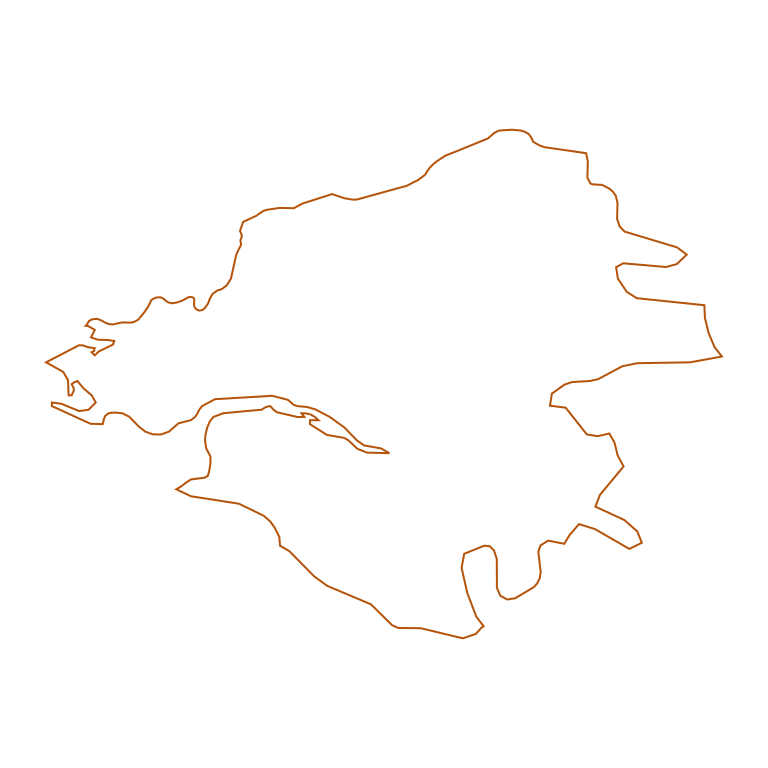 SVG path tracing the border of Loire-Atlantique
{"feature_id": "FRA-5316", "entity_name": "Loire-Atlantique", "entity_type": "Metropolitan department", "adm_level": 1, "iso_a3": "FRA", "parent_name": "France", "parent_adm1": "", "projection": "natural_earth1", "projection_center": [-1.707, 47.343], "detail": "fine", "context": "isolated", "style": "outline", "palette": "amber", "viewbox_px": 768, "rotation_deg": 0, "n_neighbors": 0, "source": "natural_earth", "source_scale": "10m", "svg_char_len": 4564}
<svg xmlns="http://www.w3.org/2000/svg" viewBox="0 0 768 768"><path d="M280.0,545.7L279.3,536.8L274.6,527.5L270.2,521.4L263.8,515.8L238.9,503.7L191.1,496.3L176.3,489.3L181.8,486.0L186.3,482.4L191.1,479.4L204.6,477.7L207.8,475.9L209.1,471.6L210.4,463.7L210.5,456.6L206.2,448.3L205.0,440.3L205.5,434.5L207.2,427.7L209.8,421.4L213.5,416.9L223.5,413.2L261.6,409.7L264.5,407.8L267.3,406.6L270.3,406.1L273.6,409.7L276.7,412.2L297.9,417.1L304.3,416.9L301.5,413.3L306.2,413.4L310.7,414.5L314.7,416.8L318.4,420.2L310.0,420.2L309.9,424.1L326.9,434.9L344.2,437.9L348.4,440.3L357.5,448.9L367.0,452.6L389.4,453.2L381.0,448.4L364.0,445.4L356.8,440.3L344.3,427.4L329.7,416.9L315.4,409.4L307.1,407.0L297.4,406.1L293.7,404.9L287.9,399.8L272.2,395.8L215.0,399.2L202.0,406.1L199.1,410.0L197.4,413.5L195.2,416.8L190.9,420.2L178.5,423.3L168.8,431.7L161.0,434.5L152.8,434.3L145.4,431.7L139.2,426.9L129.2,416.7L122.5,413.3L115.6,412.6L111.7,412.7L108.6,413.3L105.3,415.8L103.8,419.4L103.1,422.6L102.7,424.1L90.6,423.8L51.9,406.1L51.9,402.5L61.4,403.8L79.2,411.1L88.6,409.7L95.7,402.5L91.9,395.5L83.6,388.4L77.4,381.0L74.3,382.3L73.0,383.1L71.7,384.2L73.7,388.1L73.9,390.2L71.7,395.3L68.6,395.3L68.0,380.1L63.3,372.0L46.1,362.3L79.1,345.2L83.5,345.5L87.8,347.1L94.7,348.2L93.9,351.2L93.4,351.2L91.6,352.2L94.7,355.4L98.7,351.5L112.9,344.6L114.3,341.0L107.9,340.0L97.7,339.7L91.0,337.4L94.8,329.9L88.0,326.0L85.6,325.8L85.7,325.7L86.3,325.5L89.1,320.9L92.2,319.3L97.3,318.8L101.5,320.5L105.5,322.8L109.2,324.2L113.0,324.4L121.0,322.6L125.1,322.4L129.1,322.7L133.4,322.2L138.1,319.8L144.0,312.7L147.3,307.9L149.7,303.8L151.0,300.6L151.4,300.0L152.7,299.2L155.5,297.7L160.2,297.2L163.0,298.5L164.7,299.6L165.4,300.5L166.3,301.2L168.1,302.3L171.7,303.3L176.6,302.6L182.2,300.7L189.2,296.8L192.7,297.3L194.1,298.7L194.3,299.9L194.1,303.1L194.1,305.5L194.7,307.3L196.5,309.5L199.2,310.6L202.3,310.1L204.7,308.2L208.0,303.6L210.1,298.2L212.6,293.9L217.3,290.5L221.8,289.1L226.9,285.2L231.0,278.5L236.1,255.2L239.0,248.7L240.5,246.2L241.1,244.0L240.5,241.6L240.6,239.7L241.5,237.5L241.9,235.9L240.9,232.8L240.0,231.0L243.1,221.9L256.1,215.9L262.2,211.6L263.9,210.7L266.9,209.8L279.6,207.9L293.9,208.2L302.3,203.6L332.1,194.1L344.7,198.3L352.5,199.6L356.7,199.6L406.7,185.8L418.1,180.0L425.2,174.7L427.2,171.2L429.8,167.7L432.9,164.5L436.6,161.4L445.2,155.8L487.9,138.5L494.4,132.8L499.0,130.6L511.6,129.7L520.6,130.5L524.9,131.8L528.7,134.0L531.6,138.2L533.1,141.7L539.2,145.3L544.6,147.2L586.1,153.2L587.8,161.0L587.4,177.7L590.4,183.5L593.0,184.4L602.1,184.9L609.7,188.9L613.1,192.0L615.8,195.8L617.5,203.2L617.1,219.1L619.7,226.5L624.6,231.6L677.1,247.4L686.7,254.6L676.8,264.1L666.0,267.0L623.2,263.3L616.1,267.2L617.9,278.7L626.8,291.9L636.8,298.2L704.4,305.2L704.9,317.9L708.6,333.0L714.5,347.0L721.9,356.5L721.6,356.6L721.3,356.6L721.0,356.7L720.7,356.8L720.2,356.8L719.7,356.9L719.2,357.0L718.6,357.1L718.0,357.2L717.3,357.4L716.6,357.5L715.8,357.6L715.0,357.8L714.2,357.9L713.4,358.1L712.5,358.2L711.6,358.4L710.7,358.6L709.8,358.7L708.8,358.9L707.9,359.1L706.9,359.3L706.0,359.4L705.0,359.6L704.1,359.8L703.1,360.0L702.2,360.1L701.2,360.3L700.3,360.5L699.4,360.6L698.6,360.8L697.7,360.9L696.9,361.1L696.1,361.2L695.4,361.4L694.6,361.5L694.0,361.6L693.3,361.7L692.7,361.8L692.2,361.9L691.7,362.0L691.3,362.1L690.9,362.2L690.6,362.2L690.3,362.3L690.2,362.3L637.1,363.2L622.2,366.3L598.0,379.2L589.5,381.0L571.9,382.1L564.5,384.6L564.4,384.7L564.2,384.8L564.0,385.0L563.8,385.1L563.6,385.2L563.4,385.4L563.2,385.6L562.9,385.7L562.6,385.9L562.4,386.1L562.1,386.4L561.8,386.6L561.4,386.8L561.1,387.0L560.8,387.3L560.4,387.5L560.0,387.8L559.7,388.1L559.3,388.3L558.9,388.6L558.6,388.9L558.2,389.1L557.8,389.4L557.4,389.7L557.0,389.9L556.7,390.2L556.3,390.5L555.9,390.7L555.6,391.0L555.3,391.2L554.9,391.5L554.6,391.7L554.3,391.9L554.0,392.1L553.7,392.3L553.4,392.5L553.2,392.7L552.9,392.9L552.7,393.0L552.4,393.3L552.2,393.4L552.1,393.5L551.9,393.6L550.0,405.7L565.7,407.7L586.8,434.4L597.6,436.2L609.3,433.5L614.4,442.3L617.7,455.5L623.6,466.4L599.9,494.9L595.4,506.7L624.3,520.0L637.3,531.4L641.8,542.8L629.3,548.9L595.0,529.1L579.0,524.1L569.5,535.1L564.3,543.8L548.3,540.6L540.5,545.4L538.3,551.8L540.7,571.8L539.8,578.0L537.4,583.1L533.9,587.1L515.1,598.3L507.2,599.5L500.4,595.8L496.9,587.9L496.8,558.9L494.0,550.5L489.8,546.3L484.3,545.7L464.2,553.8L461.6,567.9L467.3,593.0L476.3,616.7L483.7,626.3L481.5,627.6L475.9,633.9L462.8,638.3L420.6,628.2L398.5,628.0L392.2,625.3L370.9,604.3L327.3,585.9L314.2,576.4L289.3,551.1L280.0,545.7Z" fill="none" stroke="#b45309" stroke-width="2"/></svg>